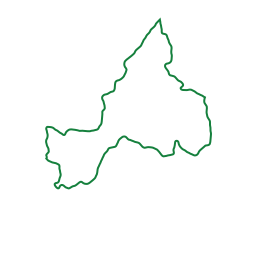 Bohechio, San Juan, Dominican Republic, rotated 51°
{"feature_id": "3306468B96171292047706", "entity_name": "Bohechio", "entity_type": "district", "adm_level": 2, "iso_a3": "DOM", "parent_name": "Dominican Republic", "parent_adm1": "San Juan", "projection": "orthographic", "projection_center": [-71.007, 18.905], "detail": "fine", "context": "isolated", "style": "outline", "palette": "green", "viewbox_px": 256, "rotation_deg": 51, "n_neighbors": 0, "source": "geoboundaries", "source_scale": "gbopen_adm2", "svg_char_len": 5773}
<svg xmlns="http://www.w3.org/2000/svg" viewBox="0 0 256 256"><g transform="rotate(51 128 128)"><path d="M190.4,78.9L190.9,78.0L191.6,76.8L191.9,76.1L192.0,75.2L191.9,74.6L191.7,74.3L191.1,73.4L190.4,72.6L186.2,68.5L184.8,67.2L183.9,66.6L182.2,65.7L179.6,63.7L178.9,63.3L177.3,62.4L175.3,60.8L174.3,60.1L173.3,59.8L170.1,59.4L169.0,59.1L165.7,57.4L164.8,56.7L162.2,54.2L161.2,53.5L160.9,53.3L160.1,53.1L157.0,52.8L156.3,52.6L155.9,52.4L155.0,51.8L154.2,51.0L153.5,50.2L152.6,48.9L151.5,49.4L149.7,49.9L147.8,50.9L146.4,51.5L144.5,52.5L141.5,53.2L138.2,54.7L137.6,55.2L136.9,56.0L135.9,57.9L135.2,58.9L134.4,59.8L132.8,61.6L132.2,62.0L131.6,62.3L130.9,62.3L130.5,62.2L130.2,62.0L130.0,61.8L129.9,61.2L129.8,59.2L129.6,58.5L129.4,58.3L129.1,58.0L128.4,57.7L127.4,57.6L126.2,57.7L125.4,57.8L124.7,58.1L123.1,58.9L122.4,59.1L121.2,59.2L118.4,59.3L117.2,59.5L116.9,59.7L116.2,60.1L114.3,61.5L113.7,62.0L113.0,62.2L112.2,62.2L111.5,62.0L110.0,61.3L109.3,61.1L108.1,61.0L105.3,60.9L104.1,60.7L103.4,60.4L102.9,60.0L102.4,59.4L102.3,59.0L102.2,58.3L102.3,57.6L103.2,55.8L103.5,54.7L103.5,53.9L103.4,53.1L103.3,52.7L102.9,52.0L102.5,51.4L101.6,50.5L99.8,48.8L98.9,48.1L97.2,47.3L96.5,46.8L95.6,46.1L93.6,44.1L93.0,43.6L92.3,43.2L92.0,43.0L91.2,42.8L88.5,42.5L87.7,42.3L87.0,42.1L85.4,41.3L82.8,40.6L80.9,39.8L80.2,39.6L79.4,39.6L78.7,39.9L78.1,40.3L77.0,41.2L76.4,41.6L75.7,41.8L75.4,41.7L75.0,41.6L74.4,41.2L72.9,40.0L72.3,39.6L70.9,38.9L69.0,37.8L67.3,37.1L65.8,36.1L63.8,35.0L64.4,39.9L64.6,40.7L65.4,42.3L65.6,43.0L65.8,44.3L65.9,46.8L66.0,48.1L66.2,48.9L67.0,50.5L67.2,51.2L67.4,52.0L67.6,54.4L67.8,55.1L68.0,55.8L68.8,57.5L69.5,60.5L70.5,62.4L71.1,63.8L71.9,65.4L72.3,66.5L72.4,67.7L72.5,71.6L72.6,72.9L72.9,74.0L73.7,75.6L73.9,76.4L74.0,77.2L74.1,79.8L74.0,86.0L74.1,87.3L74.2,88.1L74.5,88.9L75.0,89.6L75.5,90.2L76.4,91.0L77.1,91.4L77.9,91.7L78.6,91.9L80.5,92.0L81.5,92.3L81.8,92.5L82.2,93.0L83.3,94.7L83.7,95.4L84.3,96.8L85.2,98.7L85.4,99.5L85.5,100.4L85.6,102.1L85.4,103.8L85.1,105.0L84.5,106.2L84.3,106.9L84.2,107.6L84.3,108.4L84.6,109.1L85.1,109.7L85.9,110.6L89.0,113.5L89.7,114.5L90.0,115.2L90.2,115.9L90.1,116.7L89.1,118.9L89.0,119.7L88.7,122.0L88.5,122.8L88.2,123.5L87.4,125.1L87.2,125.8L87.2,127.0L87.3,127.7L87.5,128.1L87.6,128.4L88.1,129.0L89.0,129.6L89.7,129.9L91.6,130.2L92.3,130.5L93.9,131.3L95.6,132.0L97.9,133.5L98.1,133.7L98.4,134.3L98.6,135.0L98.8,136.8L99.0,137.4L99.2,137.7L99.7,138.1L101.1,139.2L103.3,141.3L106.4,144.3L107.3,145.3L107.8,145.9L108.3,147.0L108.8,149.3L109.8,151.5L109.9,152.3L109.8,152.6L109.7,153.3L108.9,154.9L108.3,156.3L107.2,158.1L106.6,159.5L106.1,160.2L105.0,161.5L101.5,165.1L100.8,166.0L99.8,167.4L98.1,168.6L96.2,170.2L93.5,172.8L93.0,173.5L92.6,174.1L92.4,174.5L92.2,175.3L92.1,176.1L92.1,177.3L92.2,178.1L92.3,178.8L93.3,180.9L93.4,181.6L93.3,181.9L93.1,182.2L92.6,182.6L90.6,183.1L88.7,183.9L86.0,184.5L85.3,184.7L83.7,185.5L81.1,186.0L80.3,186.3L79.0,187.2L77.6,188.6L76.6,189.7L76.3,190.3L76.3,190.7L76.4,191.0L76.7,191.6L77.2,192.1L77.8,192.4L79.1,192.9L80.7,193.8L82.1,194.4L82.8,194.8L83.4,195.3L84.3,196.2L84.8,196.9L85.2,197.5L85.6,198.5L86.0,199.2L86.5,199.7L87.0,200.2L87.6,200.6L90.6,202.0L91.3,202.2L93.2,202.6L93.9,202.8L95.7,203.9L96.3,204.3L96.5,204.5L96.8,205.1L97.2,207.6L97.4,208.2L97.8,208.7L98.4,208.9L99.2,209.3L99.7,209.6L100.1,210.1L100.3,210.7L102.3,210.6L103.1,210.5L103.8,210.2L107.1,208.5L109.6,206.5L110.3,206.0L112.8,204.9L113.4,204.9L113.8,204.9L114.1,205.1L114.7,205.4L116.2,206.7L116.9,207.1L118.3,207.7L119.8,208.6L121.5,209.4L122.1,209.9L122.6,210.4L123.0,211.0L123.9,212.6L125.6,214.9L126.0,215.5L126.1,215.9L126.2,216.3L126.2,217.0L126.0,217.6L125.3,219.0L125.3,219.6L125.3,220.0L125.5,220.3L125.8,220.5L126.1,220.7L126.7,220.9L127.8,221.0L129.0,221.0L130.0,220.8L130.7,220.5L130.9,220.3L131.1,220.0L131.2,219.7L131.1,219.0L130.3,217.4L130.2,216.7L130.3,216.0L130.4,215.6L130.6,215.3L131.1,214.8L131.7,214.5L132.0,214.3L134.3,213.9L135.0,213.7L137.1,212.5L137.6,212.1L137.8,211.8L138.0,211.1L138.4,208.2L138.6,207.5L139.4,205.8L139.6,205.0L139.7,203.8L139.7,200.0L139.9,198.9L140.3,198.3L140.5,198.1L141.1,197.8L142.8,197.4L143.5,197.0L144.2,196.6L145.1,195.7L145.6,195.1L146.0,194.4L146.1,194.0L146.3,193.2L146.4,191.9L146.4,188.5L146.3,186.4L146.2,185.5L146.0,184.7L145.7,184.1L145.0,182.8L144.4,181.4L143.9,180.8L143.4,180.1L140.9,177.5L140.0,176.2L139.4,174.8L138.4,172.9L137.8,171.5L136.7,169.6L136.1,168.2L135.1,166.3L134.5,164.9L133.6,163.3L133.4,162.6L133.2,161.8L132.9,159.1L132.7,158.3L131.9,156.4L131.8,156.1L131.8,155.3L131.9,155.0L132.2,154.3L134.3,150.2L134.5,149.5L134.5,148.8L134.4,148.4L134.1,147.7L133.5,146.5L132.9,145.1L132.0,143.6L131.6,142.5L131.4,141.3L131.4,139.6L131.4,138.4L131.6,137.3L131.8,136.9L132.2,136.3L132.7,135.8L133.3,135.4L134.1,135.2L136.7,135.0L137.6,134.7L138.8,133.7L140.0,133.1L141.5,132.2L143.2,131.3L145.4,129.6L146.4,129.0L147.2,128.8L148.0,128.7L151.5,128.6L152.3,128.4L153.0,128.1L153.6,127.7L154.0,127.2L154.4,126.5L155.0,125.2L155.7,124.2L156.5,123.3L157.6,122.2L158.5,121.4L159.2,120.9L162.5,119.3L163.2,119.0L164.4,118.9L166.1,118.8L169.5,118.9L170.7,118.9L171.5,118.7L171.8,118.6L172.4,118.2L173.8,115.8L174.5,114.1L175.6,112.2L176.6,110.0L176.8,109.4L176.8,109.1L176.6,108.5L176.2,108.0L175.6,107.6L174.1,106.8L173.3,106.1L172.9,105.5L172.2,104.2L171.7,103.6L171.0,102.7L168.8,100.4L168.4,99.9L168.3,99.6L168.2,99.2L168.3,98.8L168.4,98.5L168.6,98.3L169.1,97.8L169.4,97.7L170.1,97.6L170.8,97.8L172.7,98.7L173.8,99.0L175.0,99.2L176.2,99.2L177.4,99.1L178.2,99.0L179.0,98.8L180.6,98.1L181.3,97.8L183.9,97.2L185.8,96.2L187.2,95.7L188.8,94.8L190.1,94.2L191.0,93.7L191.5,93.1L191.9,92.5L192.1,91.8L192.2,91.0L192.1,90.2L191.9,89.5L191.0,87.6L190.7,86.3L190.6,84.6L190.5,81.2L190.4,78.9Z" fill="none" stroke="#15803d" stroke-width="2"/></g></svg>